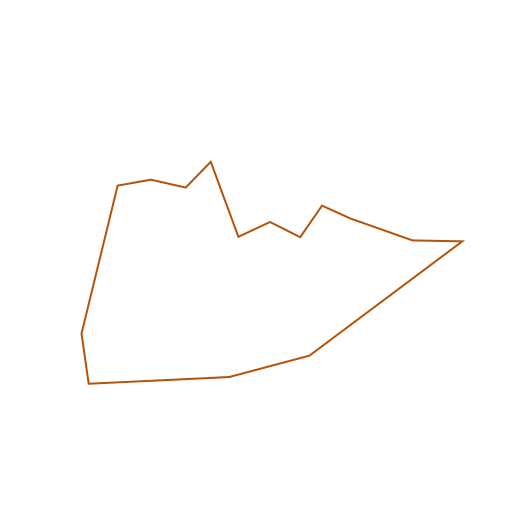 outline of Su'mber, Töv, Mongolia, rotated 161°
{"feature_id": "93677404B46846850249672", "entity_name": "Su'mber", "entity_type": "district", "adm_level": 2, "iso_a3": "MNG", "parent_name": "Mongolia", "parent_adm1": "Töv", "projection": "albers", "projection_center": [105.846, 48.802], "detail": "fine", "context": "isolated", "style": "outline", "palette": "amber", "viewbox_px": 512, "rotation_deg": 161, "n_neighbors": 0, "source": "geoboundaries", "source_scale": "gbopen_adm2", "svg_char_len": 357}
<svg xmlns="http://www.w3.org/2000/svg" viewBox="0 0 512 512"><g transform="rotate(161 256 256)"><path d="M237.9,144.4L56.2,202.7L103.0,219.8L154.5,260.7L177.2,282.1L208.1,259.4L231.7,283.6L266.4,279.9L268.1,359.8L300.2,343.6L330.6,362.4L363.9,367.6L446.2,239.5L455.8,189.7L320.7,150.3L237.9,144.4Z" fill="none" stroke="#b45309" stroke-width="2"/></g></svg>